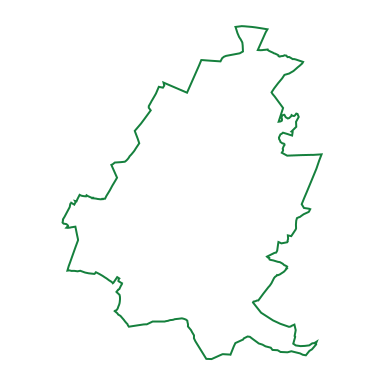 outline of Ayapango, México, Mexico, rotated 181°
{"feature_id": "50627088B15580973923265", "entity_name": "Ayapango", "entity_type": "district", "adm_level": 2, "iso_a3": "MEX", "parent_name": "Mexico", "parent_adm1": "México", "projection": "albers", "projection_center": [-98.817, 19.12], "detail": "fine", "context": "isolated", "style": "outline", "palette": "green", "viewbox_px": 384, "rotation_deg": 181, "n_neighbors": 0, "source": "geoboundaries", "source_scale": "gbopen_adm2", "svg_char_len": 5856}
<svg xmlns="http://www.w3.org/2000/svg" viewBox="0 0 384 384"><g transform="rotate(181 192 192)"><path d="M174.8,25.4L169.5,25.3L160.8,29.4L158.8,30.3L158.2,30.4L151.1,30.1L150.7,30.0L148.9,34.7L147.5,38.4L146.0,41.7L138.3,45.4L137.7,46.5L133.9,48.5L131.6,48.2L128.9,46.2L123.5,42.4L122.8,41.8L118.8,40.6L115.9,39.0L110.5,37.7L108.8,35.5L103.6,35.3L100.7,33.6L93.7,33.4L89.9,34.5L81.1,32.5L78.4,31.2L75.3,30.7L72.9,33.8L71.8,35.2L69.3,36.8L67.3,39.2L65.2,41.8L65.4,42.5L65.5,42.5L64.7,44.6L67.0,43.1L69.1,42.8L72.1,40.7L76.4,40.1L80.7,39.8L85.6,40.4L87.6,41.8L88.1,42.1L86.3,49.0L86.4,49.4L86.9,49.8L86.1,54.3L86.1,54.6L85.9,55.7L87.3,61.2L90.3,59.8L91.0,59.2L92.7,58.9L101.5,61.8L104.6,63.2L108.7,65.0L120.8,72.5L129.1,82.6L128.6,83.5L126.7,83.9L125.0,84.7L123.8,84.7L118.9,91.6L114.0,98.1L112.6,99.7L111.0,102.1L108.5,107.3L107.4,108.7L106.2,109.5L105.5,110.5L104.7,110.3L103.0,111.0L102.3,111.4L101.5,112.0L99.1,113.6L98.5,114.1L97.7,115.0L95.9,117.1L96.4,117.2L96.3,117.4L95.6,119.1L97.3,120.1L98.4,120.4L100.1,121.9L102.9,123.4L105.0,123.7L109.5,125.0L112.3,125.5L113.2,125.8L113.4,126.2L113.7,126.8L113.6,127.5L115.1,127.9L115.9,128.7L108.6,132.5L106.8,132.9L105.8,134.8L105.0,141.4L104.7,143.5L103.7,143.1L101.7,142.2L96.0,143.4L95.4,144.3L95.6,145.1L95.1,146.7L95.4,150.3L92.0,149.6L87.7,156.3L87.3,157.5L87.5,160.9L87.5,161.2L87.3,165.1L86.6,167.7L84.6,168.7L84.3,168.7L84.0,168.8L83.8,168.9L83.3,169.2L82.6,169.8L80.4,171.4L80.0,171.7L75.6,173.8L75.2,174.0L74.8,174.3L74.5,174.8L74.2,175.5L73.5,176.9L74.6,177.3L79.8,178.0L82.1,181.7L79.8,187.7L77.4,193.6L72.9,205.0L68.0,217.5L65.4,225.6L63.1,231.9L71.7,231.2L73.5,231.2L83.1,230.8L97.5,230.0L102.9,232.8L101.7,234.9L101.7,235.9L102.1,236.7L101.2,239.3L100.3,240.6L100.4,241.4L101.1,242.0L102.5,242.2L103.5,243.0L104.3,243.4L104.6,244.2L105.3,245.7L105.8,246.4L106.0,248.0L104.6,251.1L103.2,251.9L102.1,252.9L97.4,251.6L95.3,250.9L92.9,250.2L92.4,253.8L93.6,254.2L88.9,259.0L89.2,264.0L86.6,268.9L87.9,271.9L89.1,272.2L90.4,270.4L91.2,269.8L92.1,269.8L93.0,270.1L93.8,270.6L94.2,269.5L96.2,267.6L97.5,267.2L99.6,268.4L101.0,270.8L101.8,270.7L102.4,270.5L102.9,270.1L103.4,269.4L103.6,268.8L103.8,268.0L103.6,267.3L103.3,266.5L103.3,265.4L103.5,264.8L104.7,264.1L106.6,263.8L102.4,277.6L111.0,288.9L113.1,291.3L114.2,293.0L111.7,297.0L107.8,302.3L103.9,307.1L101.6,310.7L96.8,312.2L95.4,313.1L92.7,314.7L88.3,318.7L86.7,320.0L84.0,322.5L83.2,324.0L90.5,326.3L92.3,326.7L93.6,326.6L95.9,328.0L97.3,328.7L98.0,328.6L98.7,328.5L99.2,328.9L100.0,330.0L101.0,330.1L102.0,330.3L103.0,329.7L103.9,329.5L105.3,329.4L106.6,328.9L107.8,329.3L108.0,330.2L109.1,330.8L110.2,331.3L111.3,331.8L112.7,332.2L113.8,332.9L114.9,333.3L116.2,333.9L117.2,334.3L118.1,334.9L118.7,335.2L118.8,335.8L119.2,335.8L119.5,335.7L121.8,335.4L123.0,335.3L124.1,335.1L125.5,335.0L126.4,335.0L127.1,335.0L128.7,335.1L125.8,341.9L121.1,353.0L119.4,356.0L125.6,356.9L131.4,357.7L135.2,358.1L142.5,358.6L145.2,358.7L145.8,358.6L151.4,357.8L151.1,357.0L149.3,351.6L148.3,349.4L147.6,347.8L145.9,345.3L144.3,342.4L144.1,341.0L143.9,339.5L143.5,333.4L146.7,331.5L160.3,328.7L162.4,327.8L164.2,326.3L165.8,323.1L176.0,323.6L184.5,324.1L185.0,324.1L187.2,318.5L198.7,291.2L222.4,300.9L221.6,297.9L222.9,295.8L227.0,296.6L228.9,291.9L229.7,289.9L230.5,288.4L231.5,286.6L232.8,284.3L233.4,283.2L233.8,282.6L234.8,280.6L236.7,277.1L236.7,276.3L236.7,275.5L234.7,272.9L240.9,264.1L244.2,259.5L250.3,252.1L249.6,250.3L247.6,245.3L247.2,244.3L245.6,239.8L249.2,234.2L249.8,233.1L250.8,231.6L253.2,228.6L255.2,226.4L255.5,225.6L256.9,223.7L258.3,222.2L259.7,221.1L263.8,220.6L269.7,220.1L271.7,218.4L273.1,217.7L267.2,205.0L268.8,202.1L271.8,196.9L274.1,192.4L276.2,188.8L277.5,186.6L278.8,183.8L281.3,183.6L281.2,183.3L283.3,183.1L286.3,183.4L287.7,183.7L289.6,183.9L291.3,184.0L291.1,184.5L291.9,184.5L292.5,184.6L293.5,185.0L294.1,185.3L295.9,186.0L297.4,186.9L297.9,185.8L299.5,185.9L301.1,186.1L302.6,186.4L303.3,186.7L304.3,187.2L306.4,182.9L307.3,180.7L308.8,181.0L308.1,179.9L308.8,178.7L309.5,177.3L312.5,179.1L312.6,178.8L313.3,178.3L313.6,177.3L314.0,174.8L319.0,165.0L320.5,162.5L320.4,162.3L320.5,162.0L320.6,161.6L320.5,161.2L320.7,160.6L320.7,160.2L320.8,159.6L320.9,159.2L320.3,158.5L319.8,158.1L319.3,158.1L318.8,158.0L318.5,157.9L318.1,157.9L317.8,157.8L317.4,157.8L316.9,157.6L316.4,157.2L315.9,156.8L315.4,156.2L315.3,155.8L315.5,155.5L316.3,154.8L316.9,154.1L315.5,154.0L314.7,154.1L314.1,154.2L313.2,154.3L312.1,154.6L310.8,154.8L309.9,155.0L308.0,155.3L306.2,147.1L305.8,145.4L305.2,142.8L305.1,141.8L307.6,134.6L310.7,125.4L312.7,119.4L314.0,115.7L315.2,111.2L313.3,111.5L311.0,111.0L308.3,111.1L305.0,110.7L302.4,111.3L299.8,110.4L297.5,109.6L293.8,108.9L288.2,108.4L287.5,108.9L287.0,109.8L286.7,110.1L286.4,109.9L285.4,109.5L283.0,108.3L281.9,107.7L280.1,106.7L279.3,106.2L277.3,104.9L276.9,104.7L275.2,103.6L273.6,102.4L271.8,101.3L271.7,101.3L270.9,100.7L270.1,100.1L269.9,99.9L269.6,99.4L269.2,99.7L269.0,99.9L267.6,102.0L265.3,105.6L263.2,104.3L263.7,103.7L264.0,102.2L264.0,101.6L263.4,101.2L262.3,100.6L261.5,100.1L260.4,99.5L260.6,99.1L260.5,98.7L261.7,96.5L263.0,93.6L263.8,93.3L264.2,92.9L264.2,92.7L264.3,92.5L264.5,92.5L265.8,90.8L265.0,90.0L263.7,88.9L262.6,87.8L262.2,85.8L262.1,83.7L262.2,82.3L262.3,81.0L262.5,79.5L262.7,78.8L262.9,78.0L263.6,76.3L264.1,74.7L264.4,74.0L264.9,73.2L265.3,72.7L265.9,72.3L266.9,71.9L267.2,71.6L264.5,69.4L263.7,68.2L261.4,66.9L258.0,63.1L256.7,61.4L255.0,59.5L254.3,58.9L254.0,58.2L253.7,57.5L252.7,56.2L252.3,56.3L244.2,57.7L237.7,58.8L234.9,58.9L229.1,61.8L217.1,62.0L215.8,62.4L213.6,62.8L212.4,63.3L211.2,63.6L209.8,63.7L208.3,64.0L207.1,64.5L205.0,64.8L203.3,65.0L199.9,65.5L198.1,65.1L196.0,64.4L194.5,63.3L194.2,61.6L193.7,59.7L193.7,57.5L190.6,53.9L189.4,51.7L187.5,48.7L187.5,45.8L186.0,42.8L174.8,25.4Z" fill="none" stroke="#15803d" stroke-width="2"/></g></svg>